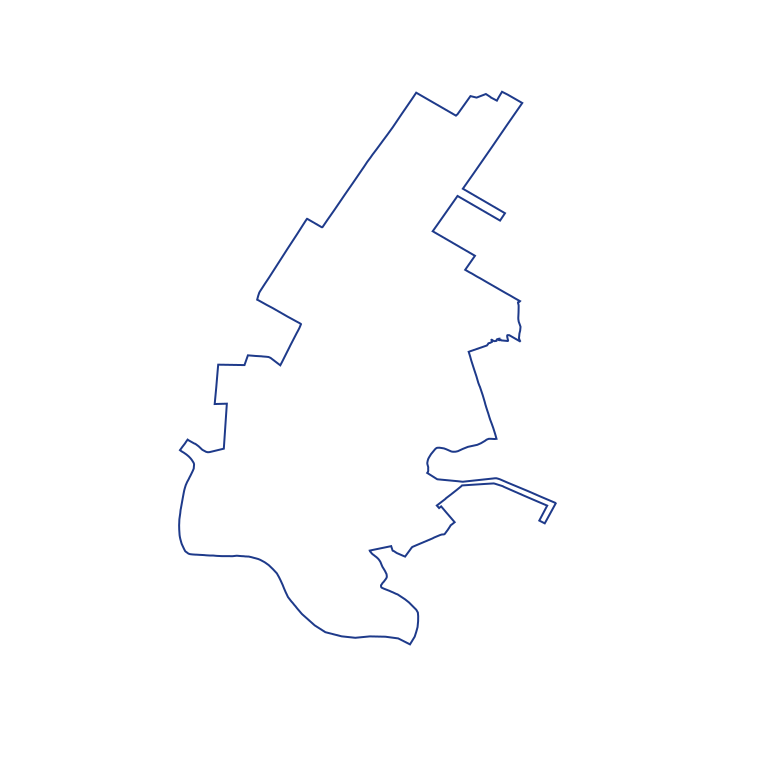 the district of Vladeni, Ialomita, Romania, rotated 152°
{"feature_id": "2599482B22969685328670", "entity_name": "Vladeni", "entity_type": "district", "adm_level": 2, "iso_a3": "ROU", "parent_name": "Romania", "parent_adm1": "Ialomita", "projection": "natural_earth1", "projection_center": [27.826, 44.617], "detail": "fine", "context": "isolated", "style": "outline", "palette": "blue", "viewbox_px": 768, "rotation_deg": 152, "n_neighbors": 0, "source": "geoboundaries", "source_scale": "gbopen_adm2", "svg_char_len": 6082}
<svg xmlns="http://www.w3.org/2000/svg" viewBox="0 0 768 768"><g transform="rotate(152 384 384)"><path d="M130.0,567.2L135.4,575.8L139.0,581.5L142.6,586.6L147.8,583.5L151.3,581.2L155.2,586.9L155.2,587.3L157.9,592.2L167.7,593.4L168.0,593.6L172.5,597.6L192.8,587.5L193.7,587.5L194.5,587.2L218.8,626.1L225.1,622.7L241.6,614.1L255.7,606.6L264.5,602.3L269.8,599.8L280.4,594.7L286.5,591.9L289.6,590.3L294.5,588.0L298.9,585.6L316.3,576.5L329.3,569.8L340.5,563.9L346.6,560.7L357.2,555.3L364.4,551.5L364.8,551.4L365.4,551.7L374.2,565.8L374.4,566.0L374.7,565.9L377.3,564.5L390.4,557.1L405.5,548.8L435.6,531.9L442.1,528.4L450.2,523.9L451.4,523.1L452.1,522.4L453.6,521.0L456.4,518.0L455.6,516.9L450.3,508.7L448.4,505.9L446.7,503.4L444.5,499.9L437.4,488.6L435.0,485.0L432.2,480.7L430.3,477.9L429.2,476.1L429.2,475.8L432.1,473.4L434.8,471.5L437.1,470.0L443.3,465.7L448.5,462.1L450.3,460.8L455.1,457.4L463.7,451.3L466.8,449.2L469.6,455.3L471.9,460.3L473.0,461.7L473.2,462.0L475.4,463.5L478.4,465.4L478.9,465.8L484.0,468.9L490.7,473.2L498.3,466.2L521.3,478.9L522.9,476.5L534.0,459.3L542.9,445.8L532.0,440.4L555.8,402.1L569.8,405.7L571.5,406.4L572.9,407.6L575.3,411.2L576.9,416.0L578.7,419.8L579.2,420.2L579.3,420.3L582.9,425.9L583.5,427.1L585.9,425.9L587.7,424.9L591.9,423.0L594.3,421.8L595.2,421.4L594.7,420.2L594.2,419.4L593.9,418.7L593.3,417.9L591.9,415.2L591.5,414.4L590.4,411.7L589.8,409.6L589.5,408.2L589.3,406.8L589.1,403.9L589.2,403.0L589.4,402.3L589.6,401.9L591.1,399.6L591.5,398.9L592.0,398.4L592.5,398.0L593.2,397.4L594.4,396.5L597.7,394.1L599.9,392.6L600.8,391.9L601.7,391.3L602.6,390.7L603.7,390.0L605.6,388.5L606.5,387.8L608.8,385.5L610.3,383.9L611.3,382.7L614.9,378.2L621.9,369.3L622.6,368.5L623.4,367.3L623.9,366.6L624.4,365.8L628.2,360.6L630.0,357.5L631.2,355.5L632.4,353.1L633.2,351.5L635.4,346.6L636.0,344.9L636.6,342.8L637.5,338.8L637.7,337.7L637.9,334.0L638.0,332.0L638.0,329.7L637.8,329.1L637.3,328.2L636.6,326.6L636.1,325.8L635.7,325.4L635.1,324.8L634.1,324.1L632.6,323.1L630.5,321.8L629.6,321.3L627.5,320.0L624.0,317.9L622.7,317.1L621.7,316.4L618.1,314.2L615.3,312.7L612.6,310.9L607.9,308.1L605.5,306.8L602.8,305.4L600.1,303.9L599.2,303.4L598.4,303.0L594.6,301.5L590.6,298.9L588.9,297.9L587.3,296.8L584.4,295.1L582.3,293.3L580.2,291.3L579.4,290.6L577.2,288.5L575.8,286.8L574.4,284.7L573.2,282.9L572.7,282.0L570.8,278.2L569.0,272.7L567.5,267.1L567.4,262.7L567.5,259.3L567.8,254.2L568.2,250.7L568.6,245.8L568.6,245.1L568.8,241.0L567.9,235.6L567.4,233.6L566.9,230.9L566.5,229.3L566.2,227.5L565.8,225.5L565.4,223.8L564.8,221.0L564.4,219.3L558.5,203.4L552.3,192.4L539.9,181.1L528.5,173.4L515.0,167.8L501.4,160.2L490.9,152.7L483.3,141.9L475.5,146.5L471.8,150.1L468.5,153.6L465.2,158.6L462.8,163.0L461.4,166.3L461.5,169.5L464.5,179.4L466.5,184.0L470.8,191.9L471.9,193.1L472.8,194.3L473.9,195.8L475.0,197.1L476.2,198.7L477.5,200.2L480.0,203.1L481.4,204.9L481.7,205.4L481.8,206.0L481.6,206.6L481.5,207.0L481.1,207.7L479.9,208.3L478.7,209.0L477.1,209.5L473.7,211.1L472.9,211.6L472.3,212.1L471.9,212.7L471.5,213.6L471.0,215.0L471.0,216.3L470.9,218.0L471.0,220.4L471.1,221.9L471.2,223.2L471.1,224.6L471.0,225.7L470.7,228.5L470.8,230.0L471.0,231.6L471.3,232.8L472.0,234.8L472.6,236.0L473.1,237.2L474.0,239.1L474.4,240.3L474.6,241.7L474.9,242.8L474.8,243.6L471.3,242.6L454.6,237.7L453.8,237.5L454.6,232.9L454.5,232.6L454.3,232.4L453.8,231.9L453.5,231.4L452.6,229.7L451.9,228.5L451.3,227.8L448.3,224.0L446.4,221.7L437.7,225.9L437.2,226.2L436.8,226.3L436.0,226.7L435.6,226.8L435.3,226.8L431.6,226.5L413.7,224.9L412.2,224.9L411.8,224.9L405.3,224.3L404.2,224.1L403.8,224.0L403.4,223.9L402.4,223.4L401.9,223.2L401.5,223.1L401.1,223.0L400.8,223.1L400.3,223.3L397.2,224.8L396.5,225.1L392.1,227.5L391.6,227.9L391.1,228.0L390.3,228.1L386.5,228.8L389.4,241.7L391.0,249.1L393.6,248.6L394.4,251.9L383.7,253.7L383.0,254.0L377.5,254.9L369.1,256.4L363.6,257.5L363.0,257.8L362.5,257.7L341.2,248.1L333.8,244.7L333.0,244.0L327.2,238.1L326.5,237.0L312.6,219.4L303.7,208.3L297.0,200.0L311.0,190.5L307.5,185.5L305.3,186.9L288.4,198.0L288.6,198.7L298.8,211.3L307.2,221.9L321.1,238.8L326.2,245.2L327.5,246.6L329.0,248.0L330.1,248.6L332.4,249.5L359.3,260.3L359.9,260.5L360.8,261.0L364.0,263.2L381.3,274.6L381.7,274.9L381.9,275.2L387.6,285.2L386.3,285.9L385.7,286.6L384.7,288.6L384.0,289.8L383.3,292.9L382.9,293.9L381.4,295.8L380.1,297.1L378.8,298.0L375.4,300.0L369.6,302.4L368.5,302.7L367.5,302.8L366.5,302.5L364.9,301.7L361.3,299.0L359.7,297.2L356.3,292.9L355.5,292.2L354.2,291.4L352.5,290.6L350.3,290.0L344.9,289.7L339.4,289.1L330.2,286.5L326.2,286.2L321.6,286.4L319.6,286.7L317.8,286.5L317.2,286.4L316.2,285.9L314.8,285.1L312.2,283.5L310.4,282.8L309.5,286.9L309.1,289.0L308.2,293.8L307.5,298.6L307.0,302.6L306.5,305.4L305.8,308.9L305.3,311.9L304.6,315.8L304.3,317.2L304.2,317.9L303.5,320.8L302.1,327.7L301.8,329.5L300.6,336.7L300.6,337.5L300.2,340.7L298.8,347.4L297.5,355.0L295.9,363.9L295.0,367.9L294.1,372.7L275.1,369.7L273.6,370.3L272.7,370.9L272.1,370.8L271.0,370.5L268.9,370.5L268.4,372.5L268.1,372.5L267.7,371.9L267.2,370.8L266.4,370.0L265.1,369.5L264.7,369.4L264.4,369.3L264.2,369.4L264.0,369.6L263.8,370.1L263.6,370.3L263.2,370.4L261.2,370.0L261.0,369.9L261.2,369.7L261.5,369.6L261.8,369.5L261.9,369.4L262.0,369.3L262.0,369.0L262.0,368.9L261.8,368.7L261.7,368.6L261.3,368.4L261.0,368.3L260.6,368.4L260.2,368.3L260.1,367.6L259.9,367.4L254.6,363.9L254.3,363.9L254.1,364.0L254.0,364.3L253.5,366.2L253.1,367.7L252.5,368.9L252.3,369.1L252.1,369.1L251.9,369.1L250.5,368.3L243.6,357.3L243.7,358.9L243.3,361.1L243.1,361.5L242.5,362.3L240.8,364.9L240.1,365.7L238.8,367.1L236.6,370.4L236.2,372.9L235.8,375.8L235.3,377.2L235.0,378.1L234.3,379.5L231.8,383.7L230.9,385.3L228.8,389.1L228.1,390.5L227.8,391.8L227.6,392.7L227.5,393.0L227.0,393.3L226.3,393.0L225.6,393.1L225.0,393.3L228.1,398.1L231.0,402.8L233.6,406.8L237.5,413.0L245.4,425.6L249.6,432.4L250.7,434.0L251.8,435.7L253.0,437.7L254.5,440.2L256.1,442.5L258.7,446.7L243.5,454.5L269.3,496.0L262.9,499.2L230.8,515.5L204.8,473.8L197.0,478.0L222.7,519.4L207.1,527.3L177.2,542.7L153.5,555.1L130.0,567.2Z" fill="none" stroke="#1e3a8a" stroke-width="2"/></g></svg>